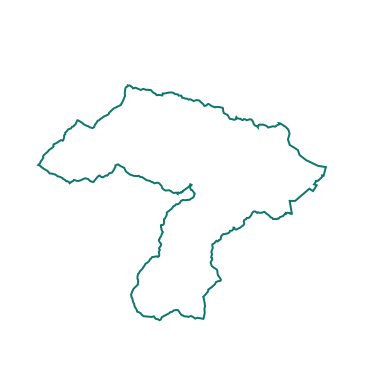 outline of Vanatori-Neamt, Neamt, Romania, rotated 339°
{"feature_id": "2599482B39139514259445", "entity_name": "Vanatori-Neamt", "entity_type": "district", "adm_level": 2, "iso_a3": "ROU", "parent_name": "Romania", "parent_adm1": "Neamt", "projection": "albers", "projection_center": [26.196, 47.223], "detail": "fine", "context": "isolated", "style": "outline", "palette": "teal", "viewbox_px": 384, "rotation_deg": 339, "n_neighbors": 0, "source": "geoboundaries", "source_scale": "gbopen_adm2", "svg_char_len": 6008}
<svg xmlns="http://www.w3.org/2000/svg" viewBox="0 0 384 384"><g transform="rotate(339 192 192)"><path d="M97.9,284.0L99.8,285.7L100.6,286.9L101.3,289.2L102.5,290.7L109.6,294.2L111.8,294.4L112.1,295.1L112.3,296.7L113.0,297.6L114.5,298.5L115.7,300.0L117.0,299.9L119.1,298.0L127.2,297.0L128.7,296.4L130.3,296.7L133.1,296.0L136.4,297.0L137.2,299.4L137.2,299.9L137.9,302.6L138.5,303.5L139.0,303.7L140.2,305.3L142.7,306.4L144.1,307.4L145.3,307.3L146.7,307.5L148.2,309.0L149.6,311.3L152.1,311.4L157.2,314.5L160.6,309.4L161.2,307.1L162.1,304.8L163.1,303.6L164.0,300.3L164.9,295.3L164.9,293.9L168.3,292.4L171.6,290.3L172.2,288.9L176.8,287.8L177.1,287.5L179.8,286.6L180.5,286.2L182.1,284.7L184.2,284.6L186.6,285.1L187.5,284.4L187.3,282.3L186.4,279.1L186.7,277.0L187.4,274.7L187.3,273.3L186.5,272.0L185.3,270.6L184.8,269.5L183.9,268.3L184.1,264.6L184.3,264.2L186.7,262.3L187.0,261.2L186.7,261.1L186.8,260.3L186.5,259.7L188.5,257.2L188.4,256.9L188.6,254.8L191.2,251.8L191.5,251.1L191.7,249.5L192.4,248.1L194.3,247.9L197.3,246.3L198.1,247.3L198.4,247.3L199.2,247.2L199.9,246.5L201.6,246.5L202.1,246.0L203.2,244.0L203.7,243.5L206.0,242.5L207.4,243.1L208.5,243.0L210.0,243.5L212.7,243.0L213.5,241.9L215.6,242.3L216.3,242.1L217.4,241.3L218.0,240.1L218.7,240.5L218.6,241.5L219.2,242.6L219.8,242.9L224.0,242.5L227.6,241.6L229.1,240.7L229.5,240.1L229.6,238.5L230.7,236.9L232.6,236.8L233.8,235.8L235.6,236.5L236.7,236.2L238.7,235.1L241.3,232.7L242.7,232.3L244.1,232.9L245.3,234.8L246.3,234.6L247.9,235.8L249.9,236.4L252.4,236.4L254.1,239.5L255.2,240.9L256.3,243.7L257.7,245.1L257.9,246.3L261.4,247.6L262.7,247.5L263.3,247.9L265.1,247.0L268.4,247.1L270.5,245.9L270.6,246.1L271.6,246.3L272.1,245.2L272.5,245.6L273.7,245.6L276.0,246.8L275.8,247.1L275.9,247.4L277.1,248.0L277.3,248.9L280.0,235.3L285.1,237.3L302.7,231.0L305.4,234.5L310.8,230.4L308.7,228.6L310.9,227.1L311.5,226.1L313.5,226.7L318.4,224.8L319.4,223.1L320.6,224.0L325.9,216.7L319.1,212.8L310.0,203.2L305.7,196.1L305.9,190.8L300.0,182.9L300.3,181.5L300.1,180.2L300.4,179.3L300.3,177.5L304.0,172.5L304.3,169.3L304.0,167.6L302.6,164.5L298.9,159.5L298.0,159.0L298.2,159.6L297.8,160.1L295.5,160.1L293.0,160.8L291.3,159.7L286.2,159.1L285.3,157.1L284.2,156.0L282.4,154.5L279.9,153.7L279.5,153.3L278.4,153.3L277.9,154.0L276.8,153.8L276.6,154.9L276.3,154.1L275.0,152.8L274.1,151.4L274.1,148.2L273.9,146.9L273.3,145.5L271.5,144.7L269.0,144.7L267.7,143.2L266.7,142.6L265.5,143.0L264.8,142.9L264.2,142.4L263.6,141.0L263.0,140.9L261.0,139.6L260.5,139.1L260.2,138.0L259.7,138.5L259.4,139.7L258.5,139.8L256.9,139.6L256.1,138.7L253.6,137.3L253.1,135.1L253.1,133.6L252.7,132.7L250.0,129.7L250.1,127.7L250.9,125.1L250.7,124.3L247.8,122.4L244.7,121.1L243.9,121.2L241.2,118.9L240.4,117.9L239.9,116.8L238.6,115.5L235.9,116.4L234.4,116.0L234.1,115.3L234.1,114.5L233.8,113.7L232.1,110.6L231.8,109.4L229.5,107.9L226.0,107.6L224.0,105.1L222.9,104.6L222.0,104.6L220.5,102.9L219.4,102.5L217.7,101.0L216.7,100.6L216.5,98.2L214.0,97.2L213.7,95.7L211.2,94.5L210.2,92.8L208.7,91.8L206.1,90.9L200.9,90.0L200.0,89.5L198.9,91.2L195.9,89.5L193.6,88.9L193.1,87.2L191.4,85.3L190.0,81.9L189.3,81.5L188.4,81.5L187.7,80.8L186.1,80.4L183.5,78.3L180.6,78.3L176.6,74.3L174.1,74.2L173.7,72.7L172.2,70.4L171.7,70.0L170.6,70.0L170.2,69.5L169.4,70.3L167.8,70.6L167.1,71.1L164.9,75.1L164.4,76.5L164.4,77.3L163.7,78.6L161.7,80.5L161.3,81.2L160.3,81.9L159.4,83.1L157.4,84.5L157.3,84.9L157.0,85.2L148.6,86.0L143.0,88.3L142.5,89.1L141.6,89.6L139.3,89.9L136.8,89.9L134.5,90.7L132.9,90.9L130.7,91.8L129.6,91.7L128.8,92.1L127.9,93.1L125.8,94.1L123.8,96.3L122.9,96.6L122.0,96.6L119.9,95.1L118.7,93.3L117.6,92.6L115.6,90.5L114.1,87.8L111.8,84.8L111.0,84.0L110.6,84.0L107.4,87.2L106.2,87.5L104.9,88.2L103.4,88.1L101.9,89.2L98.6,89.2L97.5,90.1L94.8,91.3L94.5,92.5L92.9,93.3L92.1,95.3L90.2,97.7L89.5,97.7L88.4,96.6L83.1,97.7L80.1,97.9L79.4,98.4L79.2,99.7L78.7,100.2L73.5,101.6L72.1,102.5L66.5,104.6L65.8,105.3L65.5,106.6L65.2,106.9L63.1,108.5L62.2,108.9L60.2,110.8L58.1,111.7L59.6,113.0L60.1,114.1L60.3,115.0L61.2,115.7L61.5,116.6L64.7,120.6L65.8,123.8L67.7,124.5L70.5,126.6L72.4,129.4L74.0,130.4L76.1,132.6L76.2,133.3L77.8,135.3L78.5,136.9L79.5,137.2L80.6,138.4L81.0,140.0L83.0,139.3L84.8,139.1L86.2,138.4L87.7,139.8L89.6,140.9L92.0,141.2L96.2,140.8L97.5,141.1L99.6,142.6L100.8,145.2L102.3,146.6L103.6,147.3L108.9,144.2L110.8,143.5L111.7,143.6L112.5,145.2L114.1,146.4L116.9,145.8L118.2,145.9L118.9,146.4L121.4,144.9L124.4,145.2L127.6,142.8L127.9,142.2L129.3,141.4L130.0,139.7L132.9,139.7L134.5,142.1L137.4,145.2L137.6,148.6L137.9,149.6L140.6,153.8L141.4,154.2L143.3,156.0L147.0,157.7L148.0,157.7L149.0,159.3L150.9,160.4L153.7,164.5L157.3,167.2L157.7,168.0L158.7,168.6L159.9,170.4L162.6,170.7L164.0,171.6L164.6,172.4L165.7,175.4L165.6,177.9L166.1,178.6L166.6,179.8L167.7,181.1L171.1,182.1L172.7,183.6L173.6,185.4L174.3,186.2L177.4,187.1L177.6,187.4L177.6,188.1L178.0,188.6L178.4,187.6L178.9,187.6L179.0,188.0L179.7,188.4L181.7,188.2L181.8,188.7L183.6,188.3L183.5,187.9L184.0,187.7L188.4,186.7L192.4,185.4L193.2,184.2L194.1,185.3L191.8,186.5L191.8,189.7L192.7,190.2L194.0,194.5L193.9,194.7L193.5,194.7L192.2,196.8L190.6,197.7L188.5,197.9L187.3,198.4L182.6,197.2L180.7,196.2L178.7,196.3L176.4,198.0L174.1,198.3L172.8,197.7L171.1,198.6L169.7,198.5L167.2,200.3L161.2,202.1L160.0,204.6L157.2,207.0L156.0,207.5L154.9,210.6L153.9,212.1L152.9,212.3L151.5,211.8L151.1,211.9L150.5,213.6L150.4,215.0L150.0,216.1L150.2,218.0L150.4,218.9L150.2,219.3L149.1,220.0L147.4,222.1L145.4,223.4L145.0,224.2L144.2,224.5L143.8,225.4L143.7,226.4L144.5,229.6L144.2,230.5L141.0,232.7L141.0,233.4L141.3,234.5L139.6,236.0L139.1,238.6L138.1,240.2L136.9,240.3L136.5,240.1L136.3,239.5L131.2,238.5L130.0,239.4L128.7,239.7L127.2,241.1L124.8,242.0L122.9,242.3L120.4,244.4L119.5,244.7L118.5,245.7L114.6,247.6L113.7,248.6L112.3,249.1L110.7,251.6L110.0,253.6L110.2,255.0L108.3,259.0L102.8,261.4L100.5,263.5L98.3,266.0L98.3,267.1L97.8,268.2L98.1,270.1L97.6,273.9L97.9,275.8L97.4,278.4L98.2,282.3L97.9,284.0Z" fill="none" stroke="#0f766e" stroke-width="2"/></g></svg>